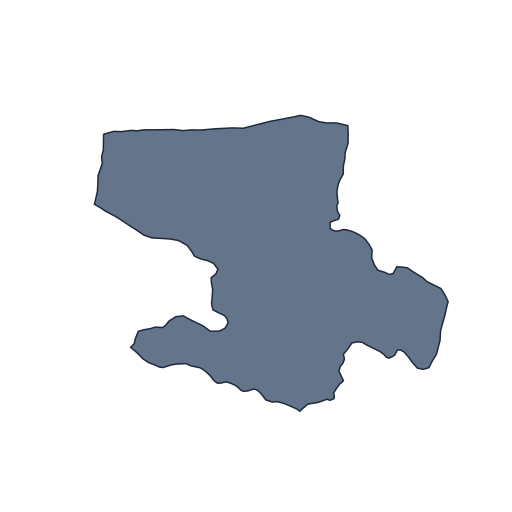 outline of Skellefteå, Västerbotten, Sweden, rotated 334°
{"feature_id": "70781695B28951573568604", "entity_name": "Skellefteå", "entity_type": "district", "adm_level": 2, "iso_a3": "SWE", "parent_name": "Sweden", "parent_adm1": "Västerbotten", "projection": "mercator", "projection_center": [20.47, 64.835], "detail": "fine", "context": "isolated", "style": "filled", "palette": "slate", "viewbox_px": 512, "rotation_deg": 334, "n_neighbors": 0, "source": "geoboundaries", "source_scale": "gbopen_adm2", "svg_char_len": 2730}
<svg xmlns="http://www.w3.org/2000/svg" viewBox="0 0 512 512"><g transform="rotate(334 256 256)"><path d="M172.4,79.8L165.2,93.8L160.7,99.1L158.4,105.4L149.4,114.4L145.8,121.2L141.8,128.4L133.9,138.2L133.4,138.5L136.5,143.2L140.2,149.5L145.0,156.0L148.7,161.4L155.5,173.0L159.7,179.8L164.5,188.3L170.5,194.2L179.2,199.0L186.6,203.3L193.1,208.1L198.8,216.3L200.2,223.9L200.7,229.3L204.7,234.1L210.7,239.2L214.6,244.0L216.0,251.1L212.1,254.5L206.1,255.9L204.1,260.7L202.4,267.0L197.6,275.4L195.1,279.4L193.7,285.6L197.4,290.5L201.6,295.8L202.4,299.5L201.6,304.0L196.2,307.4L190.0,307.4L181.8,303.5L178.1,296.1L173.0,289.6L167.3,282.2L164.5,278.0L157.4,275.4L149.5,276.3L144.1,278.8L140.7,279.4L134.2,275.7L128.8,274.9L123.2,273.2L117.2,272.1L114.1,274.9L110.7,278.0L108.2,281.4L103.3,283.1L104.0,284.7L107.1,292.0L109.3,298.9L112.9,305.0L117.2,309.4L120.7,313.7L123.6,315.5L132.4,316.8L137.2,318.3L141.3,320.1L146.0,322.1L149.5,326.4L153.3,329.3L156.5,331.7L158.4,334.4L160.3,338.2L162.2,343.1L163.2,348.1L164.3,351.2L165.6,353.4L168.7,354.8L174.1,356.1L177.2,359.0L180.6,363.0L182.6,367.0L183.9,370.6L185.5,372.1L189.5,373.7L193.1,374.1L196.4,375.0L198.6,377.5L200.0,381.3L200.9,385.1L201.7,389.6L204.7,392.6L206.5,394.3L211.1,396.2L216.3,400.5L220.0,404.7L225.6,411.4L227.3,414.7L231.0,413.6L237.5,411.9L241.5,413.0L247.2,414.7L251.4,415.3L257.1,415.9L259.1,418.1L263.3,418.4L264.7,417.0L265.9,413.0L269.5,410.8L275.2,407.7L278.3,407.1L280.0,406.2L280.0,401.1L280.0,396.0L283.4,392.1L286.5,390.9L290.2,387.6L291.6,382.5L296.4,380.5L304.1,376.2L309.5,377.6L313.7,380.2L316.0,383.9L320.8,390.1L325.3,395.8L327.9,400.9L328.7,404.0L330.7,406.0L335.2,406.2L337.5,405.7L341.7,402.6L344.6,403.7L347.1,407.4L348.8,413.6L349.9,420.1L351.9,427.5L356.4,431.1L362.5,432.2L367.9,428.0L375.1,423.4L384.3,412.7L389.1,404.1L394.3,398.2L399.6,392.3L405.3,385.1L408.7,381.2L408.7,373.5L407.9,366.3L402.2,358.9L398.3,353.8L396.3,348.4L390.2,338.9L386.9,333.0L382.1,329.8L377.9,327.4L374.8,329.6L371.4,331.9L367.6,330.9L364.8,327.4L359.3,322.1L358.5,315.8L359.1,308.5L363.0,301.5L362.8,295.6L361.5,288.6L359.3,284.3L357.1,280.8L353.7,276.6L349.0,272.2L345.6,270.3L341.4,269.8L337.9,268.1L335.5,265.5L335.0,262.9L337.5,258.2L342.5,258.5L346.2,259.1L349.1,256.3L348.8,251.9L350.6,246.2L353.0,244.3L355.2,237.9L357.1,233.3L361.3,227.6L365.0,224.3L370.3,220.6L374.0,213.4L378.6,207.5L381.2,202.5L388.2,195.0L392.1,187.2L395.4,179.7L395.7,179.0L386.5,171.6L378.0,167.5L371.2,162.6L364.5,154.5L357.7,149.1L350.1,147.3L327.1,141.0L300.6,135.6L291.1,130.6L275.4,123.9L261.4,118.5L253.4,114.4L245.3,111.3L237.6,106.3L224.1,100.0L210.2,93.3L204.3,91.5L198.9,88.4L189.5,85.2L182.7,81.6L172.4,79.8Z" fill="#64748b" stroke="#1e293b" stroke-width="1.5"/></g></svg>